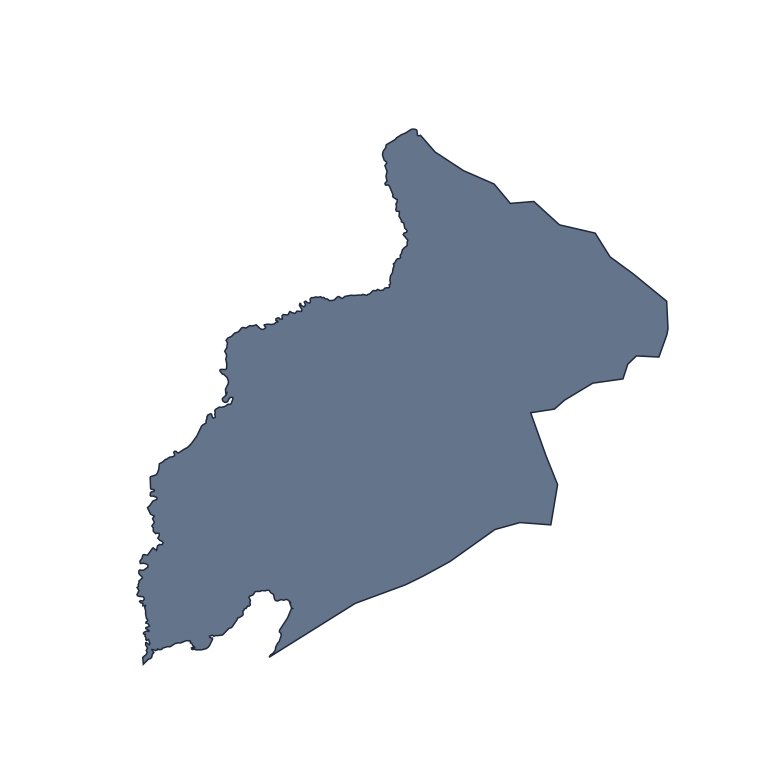 Myangad, Hovd, Mongolia (Mercator projection), rotated 78°
{"feature_id": "93677404B16337473232636", "entity_name": "Myangad", "entity_type": "district", "adm_level": 2, "iso_a3": "MNG", "parent_name": "Mongolia", "parent_adm1": "Hovd", "projection": "mercator", "projection_center": [91.966, 48.561], "detail": "fine", "context": "isolated", "style": "filled", "palette": "slate", "viewbox_px": 768, "rotation_deg": 78, "n_neighbors": 0, "source": "geoboundaries", "source_scale": "gbopen_adm2", "svg_char_len": 6167}
<svg xmlns="http://www.w3.org/2000/svg" viewBox="0 0 768 768"><g transform="rotate(78 384 384)"><path d="M627.4,553.2L592.6,457.8L584.9,404.8L580.1,385.7L571.4,356.5L549.4,305.7L547.8,279.8L556.5,250.1L518.5,235.1L487.5,240.5L442.6,246.5L444.0,222.5L437.3,210.6L426.6,179.7L428.7,149.2L415.3,141.4L409.0,131.3L414.8,109.5L394.7,97.1L388.9,94.7L361.8,90.3L328.0,117.4L306.7,136.4L280.3,146.1L264.8,179.3L236.6,199.5L233.6,222.9L211.3,234.7L191.9,261.8L167.7,285.8L148.3,296.6L148.5,297.9L147.9,299.5L142.5,299.1L141.3,300.6L140.6,303.0L140.6,304.4L143.2,311.5L143.6,314.6L145.7,320.4L147.3,322.5L150.3,331.7L151.1,332.5L153.1,333.1L156.2,336.4L158.5,337.5L159.9,337.9L165.1,337.3L167.7,335.3L168.5,335.5L170.5,337.7L176.7,336.8L181.2,338.9L186.1,338.9L187.8,341.3L188.7,341.4L189.8,341.1L190.3,338.3L191.9,337.5L200.6,335.9L201.9,336.5L203.0,336.3L205.6,333.9L206.2,332.7L209.0,333.5L210.2,334.9L213.1,334.9L215.8,336.2L217.4,336.0L218.5,333.1L223.1,334.4L227.8,332.9L229.0,333.3L230.6,331.2L235.9,331.3L238.7,329.5L240.3,330.4L240.5,333.0L241.9,334.2L248.3,330.8L250.1,331.9L253.5,332.6L255.1,336.2L256.8,338.3L259.8,339.7L261.4,341.4L263.9,341.6L264.5,342.8L264.3,344.4L264.7,345.7L267.8,348.4L268.5,349.9L270.8,349.6L272.5,351.0L276.8,352.6L279.8,355.3L283.8,356.7L286.6,356.6L287.5,357.2L288.0,358.3L289.3,358.1L290.5,358.7L290.9,359.6L290.5,360.6L290.4,363.3L292.0,365.3L291.7,368.5L290.1,370.5L291.1,372.4L290.4,374.6L290.7,375.9L292.8,379.1L293.1,381.5L293.7,382.5L291.9,386.1L292.4,388.0L291.7,390.1L291.2,394.7L290.3,397.9L290.2,404.1L291.5,406.6L291.4,407.5L289.0,410.0L289.2,411.7L291.5,415.3L291.5,417.3L291.1,420.0L289.1,421.6L288.6,423.6L286.8,424.9L286.6,426.8L285.4,427.9L285.5,430.3L284.6,432.8L284.9,434.4L284.5,437.1L285.6,438.7L288.2,438.9L289.1,439.5L289.2,440.5L288.8,441.6L286.8,443.2L286.7,444.0L287.3,445.0L290.5,444.3L291.7,445.7L291.5,446.7L290.5,448.0L289.6,448.8L287.9,448.8L287.7,449.4L289.4,450.4L294.1,448.9L295.4,449.2L295.8,449.9L294.6,454.1L296.2,455.9L296.3,456.8L294.8,459.7L293.8,460.3L293.6,461.2L296.2,463.4L296.3,464.5L295.1,468.1L296.1,469.6L299.3,470.0L298.8,472.4L297.4,473.1L297.3,474.6L297.7,476.1L299.2,476.5L300.6,474.9L301.3,475.1L301.2,476.8L302.4,478.9L302.4,481.5L301.2,485.8L301.2,488.8L302.0,489.0L304.0,487.9L304.6,488.3L305.5,490.6L305.2,492.0L304.1,493.6L299.5,496.7L299.9,500.4L299.0,503.1L300.4,506.9L300.3,508.1L299.4,510.0L299.5,511.6L302.7,515.6L303.2,519.7L305.7,523.3L306.6,527.3L308.4,529.4L311.2,528.6L315.9,530.3L318.8,533.0L322.4,532.0L324.0,532.2L326.8,533.6L331.7,533.6L336.1,534.8L336.9,535.8L335.8,540.5L335.9,541.3L337.0,541.8L340.4,540.3L341.4,538.7L345.0,536.1L349.0,535.6L350.9,536.1L356.2,540.2L360.4,540.7L360.0,539.6L361.2,540.2L362.1,540.9L364.5,545.0L365.8,545.4L367.3,545.1L368.8,543.7L369.2,542.1L368.7,540.6L365.8,538.2L365.2,536.7L365.4,535.2L366.1,534.7L367.3,535.0L371.3,537.5L371.9,538.3L371.4,540.5L371.6,541.5L372.4,542.9L372.9,544.7L373.0,547.7L372.4,550.0L373.9,554.3L375.2,555.2L377.0,555.0L378.5,555.9L381.0,555.8L381.6,556.5L381.9,558.1L381.4,558.6L377.4,559.1L377.1,559.7L377.6,562.6L379.5,564.2L380.8,564.2L382.4,565.5L385.3,566.3L386.2,569.4L387.3,571.3L395.9,577.8L402.3,584.9L405.2,589.3L406.4,593.6L408.7,599.4L408.4,600.3L406.6,601.4L406.3,602.8L407.1,603.9L409.8,603.5L410.7,604.1L411.2,605.8L411.0,608.9L412.4,612.4L412.4,613.6L414.2,616.6L415.3,620.3L420.5,622.0L424.4,624.5L425.5,626.0L426.1,631.6L427.0,632.2L437.5,634.0L438.5,633.7L439.5,631.0L440.2,630.6L441.2,631.3L441.1,633.9L441.8,635.0L444.1,635.9L445.1,635.5L445.9,632.5L447.6,630.1L448.6,629.6L449.7,630.4L450.4,634.3L454.2,638.4L455.8,641.1L462.8,639.4L465.5,636.2L467.6,638.4L471.7,637.4L474.6,640.6L476.8,639.6L479.9,640.3L482.8,638.6L482.8,636.2L483.3,635.1L485.5,635.3L487.7,637.3L490.2,635.9L491.9,633.7L493.5,633.1L495.1,634.6L494.3,636.8L495.2,639.2L499.5,641.1L496.3,643.8L496.3,644.3L502.0,650.6L502.0,652.1L501.1,653.5L500.9,654.9L501.8,655.9L504.1,656.8L506.5,659.6L508.9,659.7L509.4,656.3L510.6,654.0L512.0,652.6L513.1,652.7L514.1,653.2L516.1,657.8L516.0,659.2L515.1,661.5L515.6,662.5L518.1,663.2L520.6,662.1L521.9,660.9L523.5,660.7L525.8,664.7L527.4,664.9L529.2,666.2L530.8,666.2L531.7,667.9L535.1,666.6L538.6,669.4L539.8,669.2L540.9,667.6L542.0,663.8L543.3,663.2L544.7,663.3L545.8,664.6L546.0,665.4L545.2,667.4L545.9,668.3L547.3,667.6L548.4,665.4L550.8,666.1L551.1,663.3L551.9,663.6L552.5,664.6L556.2,664.3L559.3,665.0L563.9,665.1L565.8,664.1L566.5,664.6L567.4,666.3L568.3,666.7L569.2,664.9L571.8,663.6L572.6,665.6L572.6,667.2L573.1,667.8L573.6,667.9L576.1,665.3L576.9,665.3L577.1,665.6L576.3,667.4L576.9,670.1L577.7,671.2L578.7,670.9L579.5,669.5L580.8,670.3L582.9,669.5L584.5,670.2L585.5,669.5L584.9,667.4L589.4,667.0L590.3,667.9L587.5,670.1L587.5,670.9L589.7,671.4L593.1,670.2L595.1,672.0L597.2,671.4L599.1,672.8L601.2,676.8L608.1,677.7L604.1,671.5L604.1,669.8L603.1,668.1L600.3,666.8L598.8,664.9L596.0,666.3L595.4,666.2L596.1,664.3L597.3,663.0L597.0,661.1L596.0,660.5L597.2,659.1L597.4,656.7L596.3,655.1L595.9,650.2L596.5,648.5L596.4,647.3L594.5,642.5L594.4,639.2L595.0,636.6L593.9,630.7L595.2,626.8L597.0,627.2L597.6,626.1L600.6,625.2L602.2,623.8L602.5,624.0L601.9,625.8L602.1,627.2L603.3,627.2L604.0,626.5L603.9,625.8L602.8,626.2L602.6,625.8L604.8,623.7L606.1,617.7L605.9,613.1L605.0,610.8L603.6,609.1L597.8,604.6L596.6,604.9L596.7,605.8L595.2,607.2L594.4,607.1L594.0,604.0L595.5,602.9L595.0,600.9L595.6,599.1L595.9,594.1L590.8,586.4L590.6,584.0L589.9,582.9L583.9,576.6L582.4,575.8L582.3,573.9L581.1,570.6L580.3,569.8L576.8,569.2L576.2,568.1L574.9,567.3L574.6,566.4L575.0,565.7L572.9,563.5L573.3,562.3L572.3,560.7L569.5,560.5L567.9,559.6L564.6,560.5L563.4,559.2L563.6,558.6L562.9,555.6L560.6,553.5L560.3,552.5L561.1,548.6L560.7,546.3L561.7,542.9L561.3,541.4L562.1,539.2L564.5,538.2L566.8,535.9L571.6,535.8L573.2,535.2L574.1,533.4L573.5,529.3L574.7,527.0L574.3,524.6L575.0,523.2L578.2,520.8L578.5,520.9L578.5,521.7L580.1,521.5L583.6,521.0L584.6,520.1L584.6,520.8L584.2,521.1L592.8,527.0L603.0,537.3L604.7,537.9L605.8,537.0L608.2,536.6L614.0,540.0L615.6,542.1L618.8,544.6L621.8,545.7L624.1,548.2L625.6,551.6L627.4,553.2Z" fill="#64748b" stroke="#1e293b" stroke-width="1.5"/></g></svg>